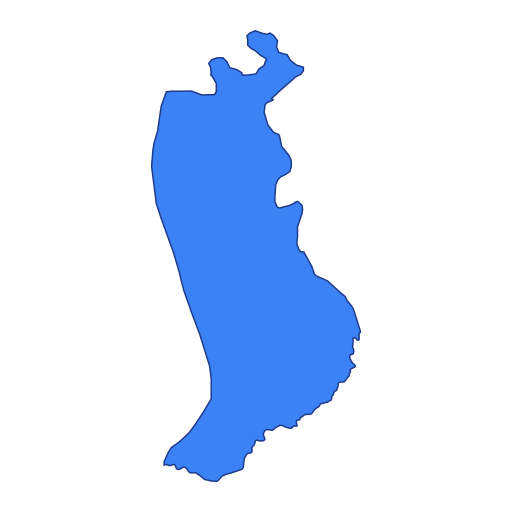 outline of Al Ja'fariyyah, Al Hudaydah, Yemen
{"feature_id": "15242507B92628059498332", "entity_name": "Al Ja'fariyyah", "entity_type": "district", "adm_level": 2, "iso_a3": "YEM", "parent_name": "Yemen", "parent_adm1": "Al Hudaydah", "projection": "albers", "projection_center": [43.593, 14.518], "detail": "fine", "context": "isolated", "style": "filled", "palette": "blue", "viewbox_px": 512, "rotation_deg": 0, "n_neighbors": 0, "source": "geoboundaries", "source_scale": "gbopen_adm2", "svg_char_len": 5996}
<svg xmlns="http://www.w3.org/2000/svg" viewBox="0 0 512 512"><path d="M164.1,465.1L164.8,464.7L167.0,464.6L168.9,465.5L171.2,465.4L172.6,464.7L173.8,464.4L174.7,464.8L175.5,466.1L176.3,468.3L177.4,469.4L179.1,469.3L180.3,468.9L181.3,468.4L182.7,467.3L184.5,467.3L186.3,468.1L187.3,469.5L188.2,471.1L189.4,472.3L190.7,472.9L192.8,472.8L195.1,472.7L196.8,473.5L199.2,475.1L201.2,476.5L203.4,478.6L205.5,479.7L208.0,480.2L210.6,480.9L213.5,481.1L215.6,481.3L217.1,481.2L218.8,479.9L220.4,477.9L222.0,476.2L225.2,474.6L228.8,473.5L230.2,473.3L238.0,470.6L241.7,469.4L242.0,469.1L242.6,468.6L242.8,468.3L243.3,467.1L243.7,463.1L244.1,460.5L244.3,459.0L244.5,457.9L245.3,456.9L245.6,456.3L245.8,455.6L246.9,454.1L248.0,453.4L249.8,453.0L251.1,452.8L251.7,452.4L251.9,451.7L252.0,450.6L251.9,449.1L252.0,448.1L252.3,446.9L253.0,446.1L254.0,445.3L254.8,443.4L255.3,441.5L255.6,440.7L256.3,440.2L257.2,440.1L259.1,440.8L260.0,440.9L261.2,440.9L262.6,440.9L263.6,440.6L264.4,440.0L264.8,439.6L264.8,438.9L264.6,437.9L264.2,437.1L263.9,436.5L263.6,435.4L263.4,434.4L263.5,433.6L263.6,432.9L264.5,431.5L265.0,430.5L265.6,429.9L266.2,429.6L267.1,429.6L268.2,429.7L269.5,429.8L272.0,430.3L272.7,430.1L273.5,429.4L274.4,428.7L275.3,427.9L276.2,427.1L277.4,426.6L278.5,426.2L279.2,425.7L279.8,425.2L280.3,425.2L281.0,425.4L282.1,425.5L283.0,425.9L284.1,426.3L285.4,427.0L286.9,427.5L288.2,427.8L289.6,428.1L290.2,428.2L290.8,428.4L291.5,428.2L291.9,427.8L292.4,427.2L292.9,426.8L293.4,426.4L294.1,426.0L294.7,426.0L295.4,426.1L296.3,426.2L296.9,425.9L297.1,425.5L297.1,425.1L296.9,424.4L296.6,423.3L296.3,422.6L296.3,421.8L296.3,421.4L296.6,421.0L297.5,420.4L298.3,420.0L299.3,419.8L300.1,419.0L300.6,417.7L301.1,417.1L301.7,416.8L302.3,416.6L303.7,415.4L304.8,414.7L305.3,414.6L306.7,414.3L309.7,414.3L310.7,414.1L311.4,413.8L312.7,412.4L313.3,411.3L314.3,409.9L316.3,408.2L317.4,407.5L318.2,407.1L318.7,406.6L319.4,405.9L319.7,405.2L320.1,404.4L320.5,403.9L321.6,403.5L322.6,403.5L324.5,402.9L326.0,402.4L327.4,402.2L328.2,401.8L328.6,401.2L329.4,400.9L330.3,400.7L330.9,400.3L331.3,399.8L331.6,398.6L331.7,397.6L331.8,396.5L332.4,395.2L333.4,394.9L333.6,394.1L333.7,392.9L334.0,392.2L334.7,391.4L335.7,390.8L336.5,390.2L336.9,389.7L337.3,388.4L337.4,387.6L337.8,386.8L338.2,385.5L338.2,384.4L338.2,383.4L338.5,382.9L339.1,382.4L340.1,382.2L341.4,382.0L343.3,382.0L344.0,381.9L344.7,381.5L345.0,381.0L346.3,379.2L347.4,377.8L347.8,377.0L348.2,376.7L348.8,376.4L349.1,375.9L349.3,374.8L349.4,373.7L349.8,372.8L350.3,372.3L350.4,371.7L350.4,371.2L350.2,370.7L350.1,370.2L350.4,369.6L350.9,369.0L352.3,368.2L353.5,367.6L354.5,367.2L355.2,366.5L355.2,366.2L355.1,365.6L354.7,365.0L354.3,364.4L353.1,363.7L352.4,362.8L351.6,361.8L351.1,360.9L350.7,360.0L350.4,359.3L350.0,358.5L349.8,358.0L349.7,357.4L349.7,356.8L349.8,356.2L350.2,355.2L350.3,354.7L350.8,354.5L351.4,354.5L352.0,354.3L352.6,354.1L353.1,353.9L353.3,353.4L353.5,352.8L353.7,351.4L353.7,350.5L353.6,349.5L353.4,348.8L353.0,348.2L352.7,347.8L352.5,346.8L352.6,346.2L352.8,345.3L352.9,344.5L352.9,343.8L353.0,342.4L353.0,340.8L353.0,340.0L353.0,339.3L353.1,338.4L353.4,338.1L354.0,337.9L355.0,338.0L355.6,338.2L356.2,338.5L356.5,339.1L356.8,339.7L357.3,340.0L357.9,340.1L358.4,340.1L358.8,339.9L359.1,339.5L359.1,338.3L359.1,337.3L359.1,336.2L359.0,335.4L359.0,334.7L359.2,334.0L359.3,333.3L359.6,332.8L360.4,332.3L360.3,331.5L360.2,330.8L353.7,309.9L351.8,306.3L347.2,300.7L344.9,296.3L341.1,293.2L340.1,292.4L334.0,286.8L327.4,280.8L316.4,276.0L314.5,274.3L314.4,274.0L312.4,268.3L311.8,266.4L305.1,254.3L303.8,251.9L300.9,251.9L298.8,249.5L298.5,248.4L297.6,246.0L296.8,243.9L297.0,241.5L297.2,239.4L297.5,236.3L297.5,235.8L297.5,235.0L297.5,227.6L297.5,226.7L298.3,224.4L300.2,218.9L301.5,214.9L301.9,213.8L302.6,209.5L302.1,205.4L300.6,204.1L297.6,201.4L295.1,202.2L295.0,202.8L290.0,205.3L287.2,206.0L279.7,208.0L278.8,207.7L277.4,207.3L276.5,205.2L274.9,201.8L274.9,197.4L274.9,196.6L274.9,196.0L275.3,191.5L275.4,190.2L275.5,186.6L275.6,185.1L275.7,184.8L277.8,179.8L280.2,177.3L280.8,176.7L284.8,174.9L288.0,172.8L289.8,171.6L290.8,168.3L291.3,166.8L291.3,163.0L291.1,161.0L291.0,160.0L290.3,158.3L289.0,155.5L288.2,154.5L283.6,148.7L281.7,146.5L281.2,144.4L280.5,140.6L279.4,135.6L278.4,134.4L273.7,132.5L270.1,127.8L267.8,124.8L264.1,112.3L265.1,105.0L266.4,103.0L271.9,100.6L272.8,100.1L273.1,99.8L271.6,98.3L276.5,94.0L278.1,92.3L293.5,78.8L294.2,77.9L296.7,76.4L297.0,76.2L297.3,76.0L300.9,74.2L303.4,70.8L303.4,67.2L299.2,65.9L296.3,65.0L293.0,62.4L290.4,60.3L288.9,57.7L287.0,54.5L284.7,54.2L278.8,52.4L276.6,47.3L276.9,45.0L277.5,40.6L275.6,38.1L273.7,35.6L272.4,34.7L270.0,33.1L266.9,34.4L261.9,33.2L255.1,30.7L254.9,30.8L254.3,31.1L252.0,32.1L249.5,33.3L247.0,35.8L247.7,40.1L247.7,45.1L250.8,48.2L253.6,49.8L255.2,50.7L255.7,51.1L257.8,53.0L258.1,53.2L260.2,55.1L266.4,58.8L265.5,61.3L265.3,61.8L264.0,65.6L259.2,68.7L259.0,68.8L257.0,72.2L256.0,73.8L253.8,74.2L253.4,74.3L252.2,74.5L250.9,74.6L250.4,74.7L246.7,75.1L245.5,75.1L242.3,75.2L241.7,72.7L238.2,70.5L236.9,69.7L236.7,69.6L229.8,67.7L228.6,65.2L226.7,61.5L225.1,60.0L223.0,57.8L217.6,57.8L217.3,57.8L211.8,59.7L208.8,63.4L208.7,63.5L210.5,67.1L211.2,73.1L210.8,75.0L211.9,76.0L212.0,76.1L213.1,77.8L216.3,83.4L216.3,87.8L216.3,89.2L216.3,91.6L214.5,94.7L213.7,94.7L210.9,94.7L209.5,94.7L205.7,94.8L203.7,95.0L201.5,94.8L201.1,94.7L200.9,94.6L191.5,91.1L186.7,91.1L183.1,91.2L182.2,91.2L172.2,91.2L167.1,91.7L166.4,91.8L163.1,101.0L161.3,105.9L161.2,106.3L161.0,107.6L159.1,120.5L157.6,131.3L155.1,139.6L155.0,140.0L154.2,142.5L154.0,143.3L152.9,150.4L151.6,166.2L152.8,176.0L155.2,194.9L156.3,203.6L158.2,209.3L160.8,217.3L163.6,225.1L173.2,251.7L178.6,269.8L179.8,274.4L180.8,278.5L181.0,279.5L183.8,290.4L189.5,306.5L191.1,311.3L199.6,333.9L209.5,365.7L210.0,369.2L211.2,378.6L211.2,398.9L203.1,412.5L195.6,423.9L189.3,432.5L185.3,436.4L178.6,442.5L171.3,447.5L168.0,453.0L164.2,461.5L164.2,463.5L164.1,465.1Z" fill="#3b82f6" stroke="#1e3a8a" stroke-width="1.5"/></svg>